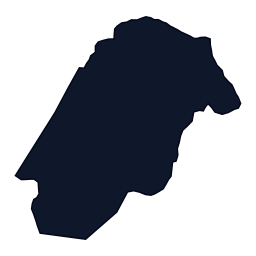 Mulungu, Paraíba, Brazil (Equal Earth projection)
{"feature_id": "56859067B90154898743360", "entity_name": "Mulungu", "entity_type": "district", "adm_level": 2, "iso_a3": "BRA", "parent_name": "Brazil", "parent_adm1": "Paraíba", "projection": "equal_earth", "projection_center": [-35.401, -7.001], "detail": "fine", "context": "isolated", "style": "filled", "palette": "ink", "viewbox_px": 256, "rotation_deg": 0, "n_neighbors": 0, "source": "geoboundaries", "source_scale": "gbopen_adm2", "svg_char_len": 1267}
<svg xmlns="http://www.w3.org/2000/svg" viewBox="0 0 256 256"><path d="M40.2,233.2L85.6,239.2L116.7,212.1L127.5,191.9L133.6,190.7L139.5,192.1L145.5,194.5L150.9,195.2L154.3,194.0L158.6,191.6L163.2,188.8L166.1,183.9L168.6,179.3L171.0,176.3L172.6,161.9L176.0,161.2L177.8,155.1L177.3,148.6L179.2,142.4L180.5,135.9L182.8,130.1L187.4,125.9L192.1,121.0L193.7,111.9L199.6,110.3L203.3,110.9L205.3,107.1L208.0,103.7L211.7,107.4L214.9,112.0L222.2,114.3L228.5,112.4L234.5,109.2L238.3,108.1L240.6,103.5L238.3,97.5L235.8,93.6L233.7,88.7L231.8,84.7L228.6,81.9L223.7,76.4L222.1,70.4L217.0,65.3L214.7,60.6L212.2,56.0L211.3,50.0L210.3,44.9L210.1,38.9L205.3,37.2L200.5,37.5L197.3,38.4L193.9,38.4L190.0,36.1L184.6,33.6L181.4,32.2L177.8,30.0L173.2,27.6L169.8,25.9L166.4,23.2L162.7,22.0L158.4,19.7L154.1,19.7L150.7,17.8L145.9,16.8L141.8,18.2L137.0,20.0L131.3,19.9L127.0,22.1L121.6,23.0L117.2,26.1L114.7,29.0L114.3,33.9L114.0,39.0L108.5,39.1L103.3,40.4L98.3,42.0L95.4,45.9L95.4,52.3L90.8,55.7L89.4,59.7L86.7,63.4L84.2,68.2L79.4,67.8L68.3,87.7L55.0,112.6L15.4,175.6L21.3,179.6L26.6,179.4L30.0,179.1L34.1,179.1L38.2,182.2L38.6,188.3L39.1,193.8L36.8,197.7L33.8,199.5L32.3,203.9L31.6,208.9L33.6,213.8L35.9,220.5L37.7,226.5L40.2,233.2Z" fill="#0f172a" stroke="#020617" stroke-width="1.5"/></svg>